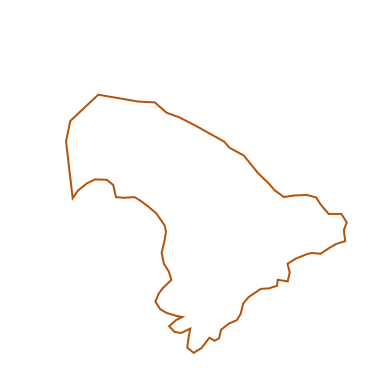 outline of Sanida, Limassol, Cyprus, rotated 141°
{"feature_id": "46923920B87246045221167", "entity_name": "Sanida", "entity_type": "district", "adm_level": 2, "iso_a3": "CYP", "parent_name": "Cyprus", "parent_adm1": "Limassol", "projection": "robinson", "projection_center": [33.193, 34.798], "detail": "fine", "context": "isolated", "style": "outline", "palette": "amber", "viewbox_px": 384, "rotation_deg": 141, "n_neighbors": 0, "source": "geoboundaries", "source_scale": "gbopen_adm2", "svg_char_len": 1191}
<svg xmlns="http://www.w3.org/2000/svg" viewBox="0 0 384 384"><g transform="rotate(141 192 192)"><path d="M185.0,65.6L180.6,69.8L173.9,62.3L166.7,68.0L162.9,76.1L153.2,74.9L142.8,71.7L142.6,71.7L137.2,69.2L131.0,63.1L120.6,62.1L112.9,61.0L103.8,57.4L98.1,66.8L90.9,70.9L89.7,81.0L99.6,88.9L99.9,100.7L99.0,109.6L104.6,117.5L115.1,125.2L123.7,130.2L126.7,141.2L127.0,150.3L128.8,165.1L128.8,176.6L128.8,187.8L129.1,188.5L135.0,202.8L135.3,210.8L147.3,240.8L154.7,257.6L161.8,269.5L164.6,285.2L171.9,291.6L177.4,296.7L202.6,325.4L203.6,326.6L240.6,323.9L241.9,323.8L258.0,310.7L288.6,262.3L279.8,264.9L268.4,264.9L259.4,262.8L250.6,255.2L248.8,247.1L254.3,235.8L248.6,230.4L239.8,224.1L237.2,216.5L235.2,208.4L233.2,198.0L234.3,183.2L237.2,177.5L243.5,171.9L253.9,163.8L259.1,153.8L260.0,145.1L263.3,136.7L275.6,135.6L281.5,134.1L289.4,129.9L290.5,121.2L287.9,114.1L282.0,105.4L278.2,101.0L285.0,102.5L294.3,102.1L293.6,94.3L289.2,89.3L279.3,86.9L285.3,81.9L293.6,74.1L291.9,65.8L289.9,65.7L282.7,64.8L270.2,67.8L267.9,62.1L263.0,61.3L256.1,66.7L246.1,66.5L237.8,64.2L230.8,66.7L222.3,73.2L214.0,74.7L199.5,73.4L193.0,68.8L185.0,65.6Z" fill="none" stroke="#b45309" stroke-width="2"/></g></svg>